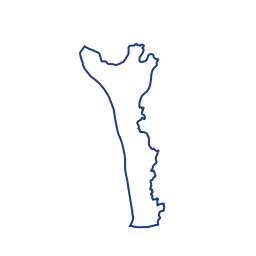 the district of Lvea Aem, Kândal, Cambodia, rotated 41°
{"feature_id": "14789045B58645721856410", "entity_name": "Lvea Aem", "entity_type": "district", "adm_level": 2, "iso_a3": "KHM", "parent_name": "Cambodia", "parent_adm1": "Kândal", "projection": "natural_earth1", "projection_center": [105.137, 11.518], "detail": "fine", "context": "isolated", "style": "outline", "palette": "blue", "viewbox_px": 256, "rotation_deg": 41, "n_neighbors": 0, "source": "geoboundaries", "source_scale": "gbopen_adm2", "svg_char_len": 5845}
<svg xmlns="http://www.w3.org/2000/svg" viewBox="0 0 256 256"><g transform="rotate(41 128 128)"><path d="M193.8,200.6L194.5,199.9L195.8,199.1L197.0,198.6L198.3,197.9L200.1,196.7L201.6,195.5L206.2,191.3L207.4,190.3L208.2,189.4L208.9,188.5L209.8,187.1L210.7,186.0L211.5,184.8L212.1,183.4L212.9,182.5L213.5,182.0L214.2,181.4L214.1,181.0L212.5,179.8L212.0,179.3L211.6,178.5L211.3,177.4L211.3,175.3L211.2,174.8L210.6,174.4L209.8,174.3L209.0,173.9L208.6,173.4L207.5,171.8L207.1,171.0L207.1,170.3L207.5,169.2L208.4,168.2L209.0,167.4L209.1,166.9L208.5,166.3L208.1,165.7L207.7,164.7L207.5,164.2L207.1,163.7L206.9,163.5L206.4,163.4L205.7,163.0L205.2,162.0L204.8,161.7L204.5,161.9L204.1,162.1L203.7,162.5L202.8,163.6L202.3,164.2L202.1,164.6L201.6,165.2L201.4,165.7L201.2,166.4L201.0,167.0L200.7,166.8L200.3,166.3L199.8,165.7L199.3,165.2L198.1,164.1L197.6,163.3L197.6,162.6L197.5,162.2L197.2,161.8L196.7,161.8L196.3,162.0L195.7,162.7L195.6,163.5L195.3,164.1L194.2,164.9L193.9,165.4L193.7,165.8L193.4,165.7L192.4,164.9L192.0,164.5L191.5,164.1L191.1,163.4L190.9,163.1L190.3,162.9L189.2,163.2L188.9,163.2L188.6,162.8L188.5,162.2L188.5,161.7L188.8,160.6L188.8,160.3L188.6,160.0L188.1,160.0L187.6,160.0L187.3,159.9L186.8,158.8L186.4,158.7L186.1,158.9L185.6,159.3L185.1,159.6L184.8,159.6L184.5,159.2L184.1,157.6L183.8,156.9L183.5,156.5L182.3,155.0L181.8,154.5L180.4,153.9L179.8,153.3L179.6,152.8L179.7,152.4L180.3,151.4L180.3,150.9L180.3,150.5L179.9,149.4L179.8,148.8L180.2,147.5L180.2,147.0L180.3,146.6L180.0,146.0L179.6,145.6L179.2,145.3L178.5,144.9L177.8,144.6L176.6,143.9L176.0,143.6L175.4,143.5L175.1,143.6L174.5,144.7L174.0,145.1L173.6,145.1L173.3,144.8L173.1,144.4L173.3,143.7L173.2,143.3L173.1,142.8L172.7,141.7L172.2,140.8L171.8,139.4L171.8,138.8L171.9,138.2L172.0,137.4L172.2,137.0L172.4,136.2L171.9,135.3L171.1,134.4L170.5,133.9L169.5,133.5L169.1,133.1L168.0,130.9L167.7,130.0L167.1,127.8L166.7,127.2L166.2,126.8L165.9,126.4L165.8,126.1L166.0,125.2L165.7,125.1L165.4,125.4L164.7,126.5L163.5,126.9L162.7,126.9L161.8,126.8L161.3,126.7L160.8,126.7L160.4,127.7L159.9,128.1L159.4,128.2L158.8,128.0L158.5,127.9L156.1,127.5L155.4,127.2L154.7,126.9L153.9,126.0L152.7,124.3L151.8,123.3L150.6,122.2L149.9,121.6L148.7,121.1L147.4,120.6L146.5,119.9L145.5,119.8L143.6,120.3L142.3,120.9L141.7,121.5L141.3,121.7L140.3,122.7L139.6,122.8L138.8,122.5L138.4,122.0L137.9,121.6L137.1,121.5L136.6,121.6L136.0,121.5L135.9,120.7L135.8,120.1L135.0,119.6L134.3,119.3L133.2,118.9L132.5,118.6L131.5,117.9L131.3,117.0L131.2,116.6L131.6,115.4L132.0,114.2L132.3,113.3L132.3,112.9L132.0,112.1L132.0,111.2L132.4,110.9L133.0,110.8L134.1,110.8L134.4,110.7L134.5,110.1L134.1,109.3L133.2,108.5L132.2,107.8L131.3,107.7L130.3,108.2L129.5,108.2L129.1,107.9L128.3,107.0L127.6,105.3L127.2,104.0L126.6,102.7L126.0,103.0L126.1,103.5L126.0,104.2L125.7,104.2L125.3,103.8L125.0,103.6L124.5,103.8L123.9,103.9L123.4,104.3L123.3,104.8L122.9,104.7L122.1,103.7L121.5,103.0L121.1,102.7L120.2,101.4L119.0,99.1L118.0,96.7L117.5,94.8L117.6,92.1L118.0,90.2L118.3,87.9L118.1,86.0L117.8,85.1L117.6,83.7L117.2,82.6L116.6,81.3L115.3,79.1L114.5,77.8L113.3,76.1L112.2,74.5L111.1,73.1L110.2,71.7L109.5,70.5L109.0,69.3L108.3,66.5L108.3,65.1L108.5,63.2L108.5,62.1L108.2,61.1L107.6,60.5L106.4,59.7L106.2,58.6L106.3,58.1L106.2,57.3L106.0,56.6L105.7,56.5L105.1,56.7L104.3,57.5L103.5,57.8L102.5,57.9L100.9,57.6L99.8,56.8L98.8,56.4L98.2,56.4L97.5,56.7L96.6,57.5L96.0,58.3L95.8,59.2L95.8,59.6L95.9,60.6L96.6,62.1L97.2,63.7L97.4,64.9L97.1,66.0L96.6,67.0L95.7,68.4L94.8,69.3L94.2,69.7L93.2,70.1L92.1,69.3L90.9,67.9L90.3,66.3L90.2,64.6L90.1,64.1L89.8,61.8L89.3,60.2L88.9,59.3L88.2,58.5L87.6,58.3L86.6,58.3L86.2,58.0L86.3,57.4L86.3,56.5L86.0,55.6L85.7,55.4L85.0,55.5L84.7,55.5L84.3,55.7L83.7,56.0L83.3,56.5L83.2,56.9L82.9,57.5L82.8,57.8L82.9,58.1L82.1,58.3L81.6,58.6L81.3,59.1L80.8,59.4L80.1,59.3L79.6,59.0L79.2,59.1L78.7,59.8L78.6,60.5L78.7,61.2L78.6,61.7L76.8,63.2L76.2,64.0L75.5,65.1L75.3,65.8L75.6,66.8L76.4,67.9L77.6,69.1L78.1,69.7L78.9,70.6L79.0,70.9L79.5,71.4L79.8,71.9L80.1,73.4L80.4,75.1L80.4,75.9L80.6,76.8L80.9,77.2L81.0,77.5L81.0,78.1L80.8,79.3L80.8,80.0L81.1,80.5L81.2,81.1L80.7,81.9L80.0,83.7L79.4,85.4L78.2,87.4L77.5,88.5L76.5,89.0L75.1,89.5L74.1,90.1L72.8,91.3L71.6,92.2L70.5,92.8L69.3,92.6L68.4,92.4L67.8,92.4L67.2,92.6L66.8,92.8L66.3,93.4L65.3,94.2L64.5,95.1L64.0,94.8L63.4,94.2L62.3,93.7L60.5,92.3L59.1,91.6L58.1,91.0L57.3,90.7L55.9,90.8L54.0,91.3L52.5,91.9L51.1,92.2L49.6,92.7L48.4,93.1L47.0,93.7L46.3,93.9L44.7,94.2L43.9,94.5L42.7,94.8L41.8,94.8L42.2,101.0L42.2,101.9L42.6,102.7L42.7,103.0L43.2,103.5L43.6,103.8L44.5,104.4L45.8,105.4L46.9,106.2L48.9,107.4L50.1,108.0L51.4,108.7L52.7,110.0L54.6,110.9L57.0,111.8L59.3,112.3L63.5,113.0L65.0,113.4L65.9,113.5L66.6,113.5L67.1,113.4L68.0,113.4L68.9,113.3L69.7,113.2L70.4,113.1L71.0,113.2L76.0,113.0L77.2,113.2L78.3,113.3L79.6,113.5L81.9,113.8L84.7,114.4L86.9,115.0L89.2,115.8L89.8,115.8L90.7,116.2L91.4,116.4L93.8,117.3L94.3,117.6L95.2,118.2L98.0,119.6L99.8,120.4L102.0,121.8L104.2,122.8L105.5,123.8L107.1,125.1L112.7,129.9L122.8,137.7L125.4,139.2L126.8,139.9L127.8,140.2L128.2,140.4L128.6,140.8L129.3,141.1L130.7,141.8L132.8,143.0L135.1,144.5L136.1,145.3L137.5,146.2L138.3,146.8L139.0,147.4L140.1,148.3L140.9,148.8L141.7,149.5L143.1,150.5L144.5,151.9L145.3,152.6L146.8,154.2L147.8,155.2L148.5,155.9L149.2,156.8L149.8,157.6L150.6,158.4L151.6,159.6L152.2,160.2L153.2,161.1L153.6,161.7L154.4,162.3L155.5,163.1L156.6,164.2L157.6,164.8L159.0,165.9L160.2,166.9L161.6,167.9L162.8,168.8L165.6,171.3L166.7,172.1L168.1,173.5L169.4,174.4L170.5,175.3L171.5,176.2L172.9,177.5L174.7,178.8L176.7,180.6L178.5,182.0L180.2,183.4L182.6,185.4L184.1,186.7L184.9,187.3L185.8,188.2L186.6,188.8L187.1,189.4L188.0,190.2L188.9,190.9L189.6,191.1L190.3,192.0L191.2,193.1L192.0,194.4L192.6,195.8L193.0,197.4L193.6,199.7L193.8,200.6Z" fill="none" stroke="#1e3a8a" stroke-width="2"/></g></svg>